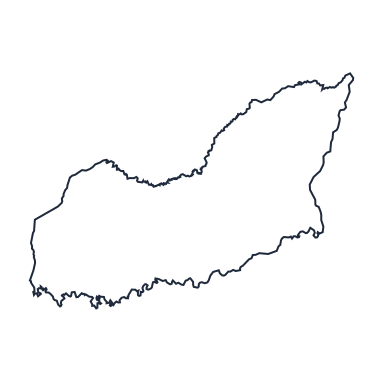 Lukulu, Western, Zambia, rotated 178°
{"feature_id": "96606910B66911286782898", "entity_name": "Lukulu", "entity_type": "district", "adm_level": 2, "iso_a3": "ZMB", "parent_name": "Zambia", "parent_adm1": "Western", "projection": "natural_earth1", "projection_center": [23.918, -14.375], "detail": "fine", "context": "isolated", "style": "outline", "palette": "slate", "viewbox_px": 384, "rotation_deg": 178, "n_neighbors": 0, "source": "geoboundaries", "source_scale": "gbopen_adm2", "svg_char_len": 5911}
<svg xmlns="http://www.w3.org/2000/svg" viewBox="0 0 384 384"><g transform="rotate(178 192 192)"><path d="M151.0,111.5L146.6,112.2L146.7,113.8L146.0,115.3L143.6,116.7L137.3,122.8L134.8,123.7L133.5,126.9L130.6,127.0L126.9,128.5L118.0,127.4L109.4,130.2L107.4,134.7L105.6,136.1L104.8,140.3L103.9,142.2L101.9,143.8L96.8,143.2L94.8,144.0L93.7,142.0L91.9,144.2L90.1,144.1L88.4,142.9L86.7,143.1L86.3,144.0L87.5,144.4L87.7,145.2L85.1,148.4L82.7,148.8L79.8,147.0L78.6,147.0L77.1,148.3L75.0,152.1L71.4,149.4L70.7,146.9L72.1,144.4L70.3,142.2L68.8,142.2L67.8,143.2L67.2,145.0L68.1,146.5L67.7,147.5L65.8,146.1L62.8,147.3L61.9,152.7L63.8,159.4L63.6,164.7L64.3,168.2L65.9,172.7L68.6,174.1L69.1,175.1L69.1,180.0L73.9,189.9L74.1,195.3L69.9,202.8L63.2,208.5L60.0,214.4L59.4,216.9L59.4,223.0L55.9,226.6L52.4,227.7L51.3,236.9L49.7,240.1L48.9,246.7L45.1,249.0L43.8,251.5L42.1,257.7L41.8,260.3L42.9,263.4L41.6,267.6L40.7,268.6L37.1,269.0L35.1,271.1L36.1,276.1L34.4,278.4L30.9,286.6L31.6,293.4L27.2,298.3L26.9,300.4L29.9,305.0L34.7,303.0L35.7,300.8L37.2,300.2L37.6,298.5L39.7,296.3L41.6,295.7L42.7,293.7L44.0,293.3L44.4,292.3L46.2,291.3L47.7,291.9L48.9,291.4L50.5,292.1L52.8,291.0L53.0,291.5L55.2,291.4L56.0,290.5L57.5,290.6L58.3,289.9L57.1,294.3L60.1,294.0L61.4,296.0L63.0,296.2L63.6,298.5L65.6,299.1L69.5,297.4L71.2,297.7L72.8,298.9L73.9,297.5L75.4,298.2L78.9,295.8L79.3,297.6L80.9,298.2L81.9,297.3L81.1,295.8L85.3,295.2L86.4,293.3L92.2,294.4L95.6,292.4L98.2,292.3L101.5,289.1L106.1,286.9L107.1,284.6L110.5,281.1L113.5,281.8L119.6,279.2L124.9,281.9L128.8,281.8L129.4,279.7L130.8,279.3L131.5,278.1L131.3,274.1L132.1,273.3L134.3,272.9L135.0,270.0L138.0,268.0L140.0,267.9L140.6,268.8L142.3,267.8L143.2,268.2L143.4,266.6L144.3,266.4L144.3,265.4L145.1,265.2L145.1,264.4L146.4,263.7L146.4,263.2L148.0,263.4L148.9,262.5L149.0,261.4L149.8,260.8L150.8,261.0L151.1,259.6L151.9,258.8L152.7,258.8L153.3,257.5L154.4,257.8L154.8,256.1L156.5,256.0L157.3,255.2L158.0,254.2L157.7,252.7L159.3,252.0L160.2,252.5L161.8,250.3L163.7,249.7L164.1,248.2L165.7,246.8L165.7,246.1L167.9,245.2L168.0,239.7L170.5,238.4L170.2,236.4L171.1,233.3L171.7,232.8L172.8,233.0L173.9,232.4L173.7,232.0L174.0,231.9L174.1,231.7L174.3,231.7L174.7,230.7L174.0,229.4L174.0,228.1L176.4,227.1L178.2,225.3L176.3,221.0L176.7,219.5L177.2,219.2L177.6,217.5L180.7,216.8L180.9,215.8L182.3,215.3L181.9,214.4L182.4,214.1L181.7,213.3L181.6,212.1L182.0,210.8L183.2,210.6L182.9,209.9L184.5,210.1L184.2,210.7L184.6,211.0L186.0,211.0L186.4,213.6L188.3,214.4L189.4,212.9L189.9,213.4L190.7,212.5L190.7,210.8L191.6,209.5L190.8,209.2L191.9,208.2L194.2,207.6L195.6,208.5L197.2,207.9L200.5,210.1L202.3,209.7L203.3,208.6L203.2,207.5L204.1,207.7L204.6,206.8L205.5,207.1L206.5,206.0L207.7,206.3L207.4,205.5L209.5,205.6L210.0,206.2L211.7,205.7L211.9,204.8L214.3,205.4L214.1,204.3L215.6,204.4L216.4,202.7L215.9,202.2L217.0,202.4L217.6,201.1L219.5,201.7L219.4,200.9L220.1,201.2L220.4,200.4L220.9,201.0L221.5,200.7L222.3,201.7L223.8,201.1L224.0,199.8L225.4,200.4L227.8,199.1L228.4,200.1L228.3,199.4L229.6,198.8L230.4,199.7L230.6,199.2L231.5,200.4L232.2,200.3L232.5,201.3L233.3,200.6L234.8,200.8L236.2,204.2L237.3,203.1L237.9,204.0L238.4,203.5L239.0,204.2L240.4,204.0L240.5,204.8L241.5,203.3L245.8,204.1L246.5,205.1L245.8,207.6L247.1,209.0L249.6,207.8L253.4,208.1L256.0,207.5L256.5,211.5L257.3,212.3L257.9,211.6L258.9,212.0L259.9,215.4L262.1,215.4L263.5,216.3L264.5,217.8L265.4,216.9L266.3,216.9L266.1,221.0L266.8,221.4L268.5,220.2L270.3,220.0L269.2,224.2L271.8,225.7L276.0,223.9L276.5,224.5L276.3,225.3L275.2,226.3L276.3,227.2L279.9,226.5L283.0,224.6L287.7,223.0L290.4,220.3L293.4,218.5L297.2,217.1L301.2,217.7L308.2,213.3L311.2,212.5L313.5,210.7L316.2,203.2L316.7,200.4L318.7,198.2L320.4,194.5L320.5,192.5L322.3,190.1L322.0,187.1L322.6,185.7L326.6,182.1L350.0,169.8L351.2,158.6L352.4,156.5L354.7,146.6L353.7,143.5L353.9,140.9L352.8,139.9L352.1,138.0L352.6,135.1L351.9,133.7L352.4,132.5L351.4,129.2L351.3,126.6L353.2,119.2L357.1,109.2L356.0,108.4L356.1,107.1L353.0,102.0L352.9,98.2L354.1,97.7L353.5,94.6L352.3,96.1L350.6,96.2L349.5,93.2L346.6,95.4L347.0,96.2L349.0,96.8L349.6,100.3L348.4,101.2L346.5,100.9L346.5,103.0L345.7,102.3L345.5,100.9L344.5,100.8L344.9,99.8L344.3,99.0L341.4,101.0L340.7,99.8L341.9,97.9L341.6,96.8L338.7,96.5L336.7,94.8L334.7,92.4L334.0,89.8L333.0,88.8L330.9,88.1L329.7,84.2L327.9,82.3L327.2,82.4L326.3,83.9L327.0,85.2L326.4,87.7L323.2,90.0L323.5,91.0L325.7,93.0L325.5,93.4L323.9,94.2L323.0,93.7L321.5,95.1L318.8,92.5L317.2,91.8L316.5,92.3L315.7,95.9L312.8,96.2L311.2,90.9L309.5,91.1L305.7,94.7L304.8,93.9L303.5,94.0L302.8,92.7L301.8,93.4L298.4,91.0L295.6,90.6L294.6,89.5L297.1,86.2L295.6,83.1L295.7,81.7L293.8,82.0L291.8,79.0L290.6,79.7L290.4,84.1L289.3,84.3L287.6,83.3L286.8,83.8L288.4,85.3L288.4,86.3L290.9,87.7L291.2,89.5L290.7,90.7L288.4,88.1L287.7,89.9L288.9,90.8L288.4,91.5L287.1,90.6L283.7,90.2L283.1,87.6L281.0,85.1L281.2,83.8L278.6,84.3L277.4,86.6L275.6,84.0L277.5,83.0L278.1,81.6L277.3,80.9L275.3,82.2L274.5,81.6L273.4,83.5L271.4,85.2L269.6,84.1L267.9,84.2L268.2,86.3L266.1,88.7L263.5,89.4L261.8,88.1L259.7,88.0L259.9,89.7L259.2,89.8L259.0,91.3L255.6,96.6L252.0,96.3L250.5,94.8L249.0,95.3L249.6,93.5L249.6,90.9L248.6,90.0L247.1,90.4L246.6,94.0L244.9,93.6L244.0,94.6L244.9,97.8L243.8,100.0L242.0,101.5L241.1,101.4L239.6,100.2L240.8,98.0L240.8,96.6L239.0,95.9L236.4,97.1L235.5,97.9L234.2,103.1L232.9,103.5L230.4,102.3L229.7,102.8L230.0,104.1L231.8,105.5L231.5,106.9L227.9,106.0L224.5,104.1L221.3,104.8L220.3,102.6L217.1,100.5L215.5,101.0L215.0,103.2L214.2,104.3L211.2,100.9L208.7,101.8L206.0,99.9L203.8,99.4L201.4,103.7L199.7,104.0L197.7,105.7L196.7,105.8L194.1,102.2L194.0,98.5L193.5,97.1L189.7,96.2L188.6,97.2L188.4,99.7L187.2,101.1L185.4,101.5L182.4,100.4L179.7,101.1L178.3,103.3L176.5,107.9L173.6,111.4L168.0,112.8L167.0,109.8L164.8,107.7L163.1,107.3L161.6,108.0L158.5,111.2L156.5,111.1L153.6,112.7L151.0,111.5Z" fill="none" stroke="#1e293b" stroke-width="2"/></g></svg>